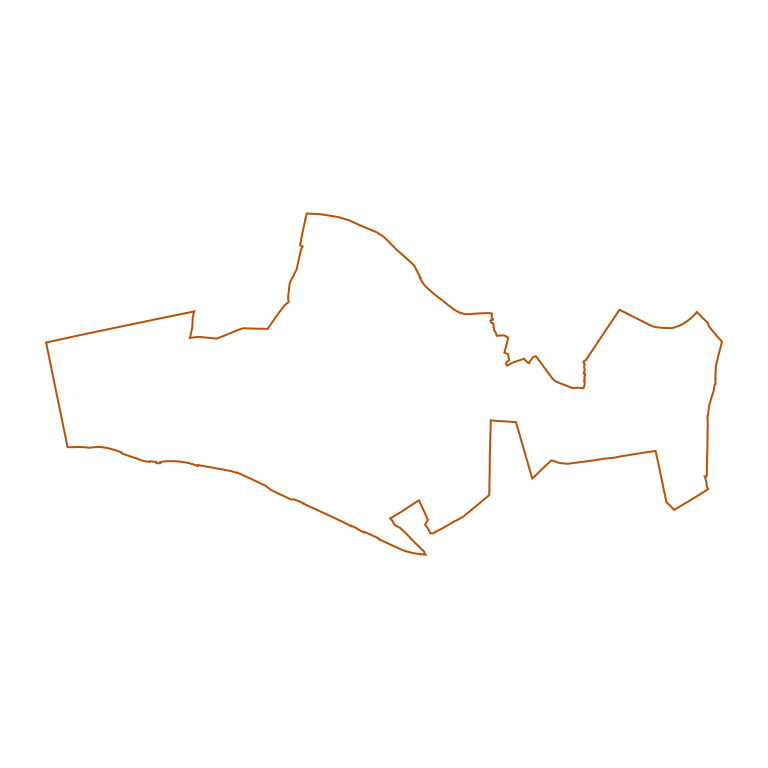 the district of Sērenes pag., Jaunjelgavas, Latvia
{"feature_id": "27541924B63753357027447", "entity_name": "Sērenes pag.", "entity_type": "district", "adm_level": 2, "iso_a3": "LVA", "parent_name": "Latvia", "parent_adm1": "Jaunjelgavas", "projection": "orthographic", "projection_center": [25.194, 56.571], "detail": "fine", "context": "isolated", "style": "outline", "palette": "amber", "viewbox_px": 768, "rotation_deg": 0, "n_neighbors": 0, "source": "geoboundaries", "source_scale": "gbopen_adm2", "svg_char_len": 5990}
<svg xmlns="http://www.w3.org/2000/svg" viewBox="0 0 768 768"><path d="M690.7,318.4L687.9,320.6L683.4,323.7L679.5,325.7L674.9,327.3L672.8,327.9L671.0,328.2L668.8,328.1L664.7,328.0L660.7,327.7L657.7,327.4L654.7,326.9L652.8,326.4L651.3,325.8L619.5,309.8L586.1,359.7L586.2,359.8L585.0,360.5L584.3,361.4L583.6,361.4L583.5,362.6L584.1,363.5L584.8,364.1L584.4,364.5L584.4,365.4L584.1,365.7L584.2,366.4L584.2,367.6L584.5,368.4L584.6,369.5L584.6,370.0L584.5,370.6L584.1,372.0L583.7,373.6L584.9,373.8L585.1,374.3L585.0,375.3L584.4,376.6L584.4,377.2L584.8,378.0L584.3,378.6L584.5,379.4L584.7,380.1L584.4,380.7L584.1,380.9L584.5,381.1L584.6,384.4L583.7,388.0L583.3,388.2L582.6,388.2L581.8,388.1L580.3,387.9L578.3,387.7L577.5,387.6L576.7,387.8L572.5,388.1L556.5,381.8L553.1,379.4L545.2,368.8L542.0,364.4L535.9,356.2L533.3,356.9L531.7,358.8L530.9,359.9L530.3,360.7L529.9,361.5L529.6,362.1L529.2,362.9L529.0,362.7L528.1,362.8L527.9,362.6L526.1,361.1L524.8,359.7L524.6,359.4L524.1,358.7L523.0,359.1L517.3,361.0L512.5,362.7L507.1,365.6L506.1,364.3L506.2,362.5L509.3,360.2L508.7,357.9L507.9,354.0L504.4,352.5L505.0,350.5L508.2,338.2L508.1,337.5L504.3,335.5L502.2,335.3L500.4,335.4L500.4,335.7L498.5,335.7L498.4,335.6L496.9,335.8L496.7,335.4L496.4,334.6L496.2,333.9L495.9,333.1L495.0,331.6L494.7,330.9L494.4,330.6L494.2,330.2L494.0,329.5L494.0,329.0L494.1,328.4L493.6,327.3L493.5,325.6L493.5,325.2L493.5,324.6L493.5,324.2L493.2,323.7L493.0,323.3L492.5,322.8L491.8,323.1L491.5,322.8L491.3,322.6L490.7,321.8L490.5,320.9L490.4,320.6L490.8,320.2L491.2,320.1L491.8,320.0L492.5,320.0L493.0,319.6L492.8,318.9L492.6,318.5L491.6,317.3L492.0,313.6L489.5,313.1L484.3,313.2L475.6,313.6L470.2,314.1L467.7,314.2L465.9,314.1L464.2,314.0L462.1,313.3L460.2,312.8L456.7,311.2L454.5,309.8L451.5,307.6L447.6,304.6L444.6,302.2L441.7,299.8L438.1,297.2L435.1,294.8L431.4,291.7L428.5,289.1L425.5,286.3L423.2,283.4L421.3,280.5L419.9,277.9L420.5,277.7L414.1,265.4L409.3,260.9L395.8,249.0L388.3,241.1L382.5,235.9L375.9,231.9L361.6,226.0L348.8,220.2L338.3,217.1L321.3,214.3L306.8,213.5L305.5,218.4L305.4,218.6L305.2,219.4L305.5,219.5L304.6,223.0L303.3,228.9L301.9,235.3L301.0,240.8L300.1,245.2L302.4,246.4L302.6,246.6L301.1,249.2L298.6,260.1L297.5,265.5L296.8,268.9L295.1,272.3L292.9,276.9L292.1,278.1L290.4,281.6L290.1,282.4L289.6,284.0L288.1,297.1L288.5,302.2L287.7,302.9L284.7,305.2L284.6,305.4L280.7,310.5L280.0,311.2L279.1,312.5L274.8,318.5L268.5,327.6L268.0,328.8L258.4,328.7L244.6,328.3L243.2,328.3L242.0,328.5L237.1,330.4L224.4,335.6L216.5,338.6L216.3,338.6L198.5,336.8L189.9,337.9L190.1,337.3L190.7,334.6L191.1,332.6L192.3,327.6L192.3,326.5L192.8,316.9L193.9,312.5L194.3,311.4L153.2,319.8L104.1,330.1L97.7,331.4L91.8,332.7L87.6,333.5L79.0,335.4L78.8,335.5L78.3,335.5L46.1,342.5L46.9,346.5L67.1,444.8L67.6,447.1L71.0,447.2L80.6,447.0L87.2,447.4L87.5,447.6L90.5,447.7L90.9,447.5L99.2,446.9L101.7,447.1L106.3,447.9L110.8,448.8L115.9,450.4L121.4,452.4L121.4,453.1L124.5,454.4L135.0,458.0L136.5,458.3L141.0,460.2L144.2,461.1L148.0,461.7L149.8,461.8L149.9,461.2L156.4,462.1L156.4,463.2L160.3,463.2L160.3,462.0L166.3,461.2L173.4,461.2L178.8,461.5L185.9,462.5L190.1,463.3L191.0,463.9L193.6,464.3L193.9,464.7L197.6,466.0L197.7,465.0L205.7,466.5L210.0,467.2L219.3,468.9L223.8,469.6L228.1,470.5L231.4,471.2L236.4,472.8L236.6,472.4L240.9,474.2L251.8,479.2L265.8,485.9L271.2,490.1L278.7,493.7L291.4,499.6L293.9,499.3L299.2,501.4L303.9,503.5L303.7,503.8L313.4,508.2L321.5,512.0L329.8,515.8L343.2,522.1L351.2,526.2L351.3,525.8L355.8,527.8L360.1,530.5L364.2,532.5L364.5,531.9L378.6,538.3L378.6,539.1L401.4,549.6L407.1,551.6L413.2,553.1L416.3,553.6L419.3,554.0L424.0,554.5L425.4,554.5L424.8,553.9L424.7,553.6L424.6,553.3L424.5,553.0L424.1,551.7L423.8,551.2L423.1,550.7L422.4,549.9L421.2,549.0L421.0,548.7L420.6,548.2L420.4,547.9L419.7,547.2L418.7,546.4L418.4,546.2L417.1,544.9L415.3,543.0L412.9,540.6L412.0,539.8L410.1,537.9L409.8,537.3L408.3,535.8L407.1,534.5L404.4,531.9L402.0,529.5L401.8,529.6L400.7,528.5L400.0,527.8L395.0,525.2L392.9,522.0L392.1,520.4L391.2,519.4L390.1,518.5L391.7,517.6L397.6,514.0L402.6,511.0L415.3,502.6L418.8,500.4L419.0,500.4L420.3,503.2L424.3,511.9L427.9,519.8L425.1,524.7L427.6,528.0L430.2,532.8L430.2,533.1L430.8,533.3L433.2,533.3L434.3,532.9L435.1,532.0L442.3,528.4L448.8,524.7L453.8,521.7L453.7,521.6L457.5,519.9L462.7,517.1L475.8,506.3L480.2,502.6L485.8,498.0L489.3,495.1L489.3,492.6L489.3,492.0L489.4,491.3L489.4,486.0L489.4,483.7L489.5,481.5L489.5,478.4L489.7,472.5L489.7,465.5L489.8,459.9L489.8,454.3L490.0,451.2L490.1,442.8L490.4,433.4L490.7,428.7L490.7,423.2L490.8,420.2L495.7,420.9L502.5,421.3L503.4,421.2L516.0,422.2L520.9,439.2L521.6,441.5L523.8,449.1L526.1,457.3L526.9,459.9L529.0,467.4L532.3,478.5L535.2,475.7L541.0,470.2L551.1,460.5L553.6,460.8L554.0,461.0L554.3,461.1L559.4,463.1L562.6,463.3L567.5,463.8L577.3,462.5L582.3,461.9L592.4,460.5L601.5,459.1L606.7,458.4L613.7,457.8L621.9,456.1L623.0,456.0L634.4,454.2L642.9,452.8L655.6,450.9L656.8,456.8L658.2,462.5L658.3,463.0L658.4,463.4L658.6,464.6L659.8,470.3L660.0,471.3L662.0,481.0L662.5,483.4L663.3,487.4L664.7,493.8L666.4,502.0L667.9,503.5L674.2,509.9L680.1,506.3L684.9,503.5L688.8,501.2L689.7,500.7L693.9,498.0L695.7,497.0L697.9,495.6L706.5,490.2L708.2,488.7L708.0,488.4L707.5,487.8L707.3,487.4L707.0,486.5L706.7,485.7L706.6,484.8L706.6,484.3L706.5,483.1L706.5,482.7L706.1,481.0L705.8,480.1L705.4,478.5L704.9,476.7L704.7,476.3L706.5,476.3L706.9,475.3L707.0,460.0L707.3,449.2L707.4,443.5L707.4,443.0L707.5,437.3L707.6,427.8L707.8,425.4L707.7,420.8L707.5,420.3L707.5,419.8L707.5,417.6L707.5,416.8L707.6,415.7L707.9,415.7L708.1,414.5L708.6,409.7L709.3,405.1L709.6,404.3L711.7,396.8L713.6,391.0L714.2,387.8L714.5,385.0L715.7,383.7L715.3,381.5L715.6,378.2L715.4,378.1L715.3,377.2L715.6,372.7L715.8,367.9L716.5,363.2L717.3,359.9L717.9,357.4L718.3,355.8L718.7,354.3L720.1,349.1L721.9,341.7L715.2,334.0L712.4,330.6L708.8,326.2L707.8,323.0L706.6,321.8L696.8,312.0L695.4,313.8L693.6,315.7L690.7,318.4Z" fill="none" stroke="#b45309" stroke-width="2"/></svg>